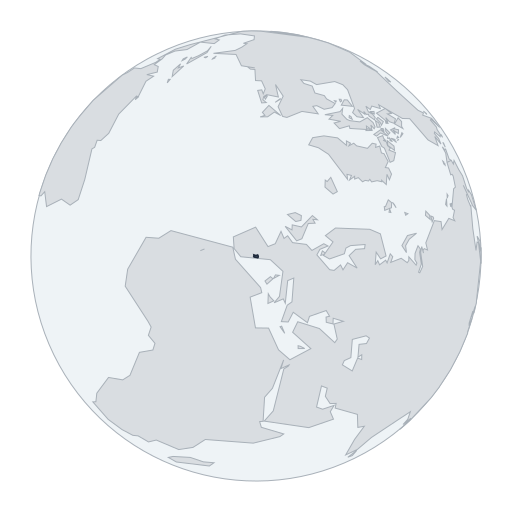 the Earth from above Castellón, rotated 64°
{"feature_id": "ESP-5814", "entity_name": "Castellón", "entity_type": "Autonomous Community", "adm_level": 1, "iso_a3": "ESP", "parent_name": "Spain", "parent_adm1": "", "projection": "orthographic", "projection_center": [-0.258, 40.248], "detail": "fine", "context": "on_globe", "style": "filled", "palette": "slate", "viewbox_px": 512, "rotation_deg": 64, "n_neighbors": 0, "source": "natural_earth", "source_scale": "10m", "svg_char_len": 10548}
<svg xmlns="http://www.w3.org/2000/svg" viewBox="0 0 512 512"><g transform="rotate(64 256 256)"><circle cx="256" cy="256" r="225" fill="#eef3f6" stroke="#a8b0b8"/><path d="M59.5,366.1L56.9,361.2L52.5,352.1L44.7,334.1L34.8,297.0L34.7,290.4L33.7,282.8L37.1,277.4L38.0,261.3L37.3,256.0L35.5,257.9L34.8,237.8L37.0,223.3L47.8,170.4L51.7,161.4L56.1,153.0L81.8,114.1L60.4,144.4L66.2,134.7L75.0,122.0L87.8,106.8L96.0,97.8L113.8,82.5L132.1,73.0L126.4,77.1L131.5,74.8L138.9,69.8L142.6,67.1L170.2,56.8L196.1,46.5L200.8,42.8L202.5,44.4L209.2,37.9L221.0,34.5L209.7,38.8L210.2,39.7L219.2,37.3L221.7,37.8L227.5,37.1L229.5,38.1L222.8,41.1L224.0,42.0L230.4,40.3L236.5,40.7L226.9,42.9L236.6,44.0L227.1,50.5L199.9,57.7L196.6,64.1L173.9,79.4L178.0,79.6L172.0,86.2L174.4,89.1L169.5,91.6L175.7,91.8L179.7,89.0L183.8,88.2L185.6,89.8L179.7,93.1L177.9,92.8L177.1,94.7L173.3,95.8L176.2,96.1L168.8,100.4L178.8,98.7L175.1,104.2L169.4,106.3L166.7,102.8L146.7,100.8L140.1,102.9L133.7,108.8L128.5,126.4L122.6,130.5L117.2,138.4L121.9,137.3L127.9,131.0L135.3,131.6L141.8,124.3L145.7,123.7L153.7,118.0L156.0,122.6L154.0,130.4L147.5,135.5L146.4,139.3L155.5,137.8L146.2,151.3L145.0,167.5L142.2,170.9L131.5,170.7L124.2,161.5L110.4,163.3L122.9,166.2L115.7,175.6L116.0,179.1L118.5,181.3L122.6,179.5L120.9,183.8L107.9,181.9L109.2,178.0L113.4,178.4L109.8,174.4L101.0,174.2L98.1,179.5L87.9,175.2L85.6,179.1L82.2,180.7L86.4,174.6L78.6,185.7L66.1,185.6L55.2,205.4L62.1,184.6L62.1,177.4L61.2,171.1L59.3,174.1L60.7,162.9L57.5,160.9L49.6,172.5L43.8,187.0L42.9,197.6L45.7,194.3L46.8,200.4L39.4,212.2L40.2,227.5L36.3,238.9L35.7,249.2L37.7,253.9L39.4,263.6L42.8,260.8L47.4,264.1L45.1,274.6L49.5,269.2L50.7,278.3L61.2,292.0L59.8,293.3L68.3,317.2L81.2,334.6L84.2,344.9L82.3,348.0L87.6,353.4L87.8,356.5L112.2,376.4L127.4,391.1L128.8,400.8L119.6,405.9L119.8,422.6L105.6,417.7L107.7,422.9L106.5,424.5L104.0,422.3L91.2,409.6L79.5,396.0L68.9,381.4L59.5,366.1ZM51.7,210.9L53.0,234.2L49.1,227.2L50.4,227.1L50.8,219.8L50.3,209.6L47.9,204.3L51.7,210.9ZM59.3,207.1L58.8,203.9L59.7,206.3L59.3,207.1ZM143.9,66.0L138.8,69.7L131.2,74.3L135.1,71.1L143.9,66.0ZM158.8,58.6L157.1,60.2L151.6,61.7L154.3,60.3L158.8,58.6ZM203.7,40.4L199.1,42.0L202.7,40.4L203.7,40.4ZM227.9,36.8L228.4,36.3L231.2,36.3L227.9,36.8ZM151.9,115.9L152.7,116.9L150.8,117.4L151.9,115.9ZM154.5,112.6L151.6,112.5L152.4,110.9L154.2,111.0L154.5,112.6ZM236.9,37.9L241.2,38.2L235.7,38.3L236.9,37.9ZM157.8,113.2L154.3,108.2L155.8,105.5L163.7,103.8L157.8,113.2ZM243.0,38.7L253.5,39.9L255.6,38.6L255.6,43.3L246.7,40.4L239.5,40.7L243.4,39.7L243.0,38.7ZM180.2,87.4L176.0,90.5L177.8,86.6L180.2,87.4ZM180.4,85.1L180.1,75.1L187.3,71.8L185.9,75.6L193.8,70.5L197.3,73.7L193.8,77.2L188.5,78.7L193.9,78.9L180.4,85.1ZM254.0,45.9L255.5,46.8L252.6,46.5L254.0,45.9ZM185.6,87.6L184.9,85.7L191.0,82.6L193.5,85.9L190.7,85.8L185.6,87.6ZM194.1,67.7L199.0,66.2L203.3,68.3L205.8,68.1L198.0,73.5L194.1,67.7ZM190.2,87.3L194.6,87.7L193.4,90.7L186.6,89.3L190.2,87.3ZM191.5,80.5L194.6,79.3L193.7,81.0L191.5,80.5ZM191.5,102.1L190.5,99.6L193.6,97.7L191.5,102.1ZM196.3,87.6L196.7,86.6L197.8,85.6L200.3,86.5L196.3,87.6ZM201.6,74.8L202.3,76.1L205.0,72.6L208.3,74.4L202.5,77.8L206.4,77.0L207.4,77.6L201.6,79.8L201.6,74.8ZM206.3,84.7L200.0,90.1L201.1,95.1L198.4,96.8L197.1,88.6L206.3,84.7ZM204.0,81.6L204.8,83.9L201.0,84.7L198.1,83.7L204.0,81.6ZM212.7,74.4L209.1,70.8L210.5,70.3L212.7,74.4ZM207.3,85.9L208.8,84.6L207.8,86.2L207.3,85.9ZM211.9,77.7L210.4,76.4L212.0,75.8L211.9,77.7ZM213.0,83.2L211.0,84.9L208.9,84.1L213.0,83.2ZM213.1,80.5L215.6,79.9L209.4,82.9L212.2,80.0L213.1,80.5ZM213.6,77.3L214.1,76.5L214.0,77.9L213.6,77.3ZM221.8,85.2L214.4,89.1L210.0,87.4L217.7,83.8L221.8,85.2ZM403.0,85.3L399.7,82.5L401.3,84.2L397.3,81.2L405.8,89.2L400.5,85.2L409.7,93.8L412.2,95.1L406.6,89.2L416.9,99.0L418.2,99.6L431.6,114.9L443.6,131.2L454.0,148.6L454.2,148.8L459.7,159.8L460.3,161.1L471.5,190.3L471.6,190.7L473.4,196.9L474.9,203.0L474.1,199.5L469.7,187.9L471.9,197.7L469.3,191.2L463.6,185.5L465.4,199.5L469.7,231.8L474.3,249.7L474.1,262.6L464.0,247.7L456.5,233.3L454.7,239.6L442.8,234.3L427.4,251.5L423.6,248.6L421.1,254.1L412.5,255.2L406.0,249.9L401.5,254.1L418.3,267.8L422.9,263.3L424.5,251.3L428.5,257.5L436.6,257.9L433.4,283.8L408.0,321.0L402.8,308.4L369.7,280.5L369.2,275.4L369.0,274.9L368.4,274.0L368.1,282.9L361.5,276.7L382.1,299.2L386.7,310.2L407.7,322.1L406.4,325.3L412.3,326.3L428.1,309.1L428.8,313.7L423.0,340.5L398.7,382.0L400.4,396.5L396.1,410.3L377.7,426.3L376.0,434.1L366.0,440.8L363.2,445.3L353.3,452.5L338.0,460.5L315.6,466.6L316.8,463.8L309.5,459.2L300.5,441.8L308.9,430.1L308.0,421.6L291.5,403.0L295.3,389.9L290.2,385.1L280.1,387.5L273.9,381.4L267.5,381.7L225.8,386.8L211.6,377.1L191.0,346.6L197.4,335.6L195.9,321.3L237.9,273.0L249.9,275.9L286.4,265.7L291.5,266.9L290.4,279.3L320.4,288.0L326.3,276.3L350.2,276.9L364.1,271.0L363.3,247.3L340.6,256.5L333.4,247.3L349.0,230.8L368.4,223.2L366.3,219.4L351.3,215.8L353.0,206.1L345.8,213.9L350.8,216.6L346.4,221.9L341.6,219.8L342.4,216.3L335.8,216.8L333.7,234.4L338.5,239.0L322.9,247.2L329.4,256.0L326.1,262.0L313.9,249.5L313.0,243.8L292.4,231.7L292.0,238.3L311.3,250.4L306.5,250.3L306.0,260.2L302.6,252.6L281.6,238.5L265.6,244.7L250.0,270.0L239.7,272.4L228.9,268.0L229.9,243.7L252.8,241.1L253.4,233.3L244.8,222.7L252.5,223.1L251.7,218.7L260.0,217.3L267.7,205.6L275.5,203.3L274.7,189.7L278.6,186.9L278.0,195.6L281.7,200.8L300.6,195.8L303.2,192.1L301.1,183.9L306.6,183.9L302.2,176.6L311.2,170.4L296.5,172.2L293.7,163.5L297.0,155.2L293.5,152.9L288.1,166.5L288.3,171.7L292.7,175.6L290.9,191.2L285.2,195.1L277.1,180.6L268.1,184.7L265.7,172.3L281.9,142.0L290.6,134.5L313.0,139.1L313.2,145.2L305.2,146.3L316.1,152.7L313.6,148.6L318.1,148.8L316.6,141.3L319.7,141.2L312.9,134.4L316.6,133.4L320.8,137.7L321.7,126.5L328.3,123.0L327.0,120.6L323.7,119.0L334.4,116.1L332.9,114.5L328.9,114.8L323.4,111.9L317.8,105.9L321.8,105.2L324.3,107.3L335.7,110.9L341.8,117.0L342.9,116.2L338.5,110.8L324.7,106.3L320.2,102.9L326.8,104.2L324.1,103.4L323.1,101.6L325.8,99.2L318.6,97.6L302.4,80.2L306.2,74.6L313.8,77.2L306.7,66.2L311.5,61.9L307.8,62.0L301.9,57.5L300.3,58.7L298.1,58.5L282.2,48.9L281.5,46.6L270.4,43.7L268.5,44.0L268.4,45.4L255.6,43.3L255.6,38.6L259.9,38.3L256.9,36.1L267.3,35.9L274.5,35.2L287.6,37.1L292.1,36.8L290.4,36.1L295.3,35.5L311.3,38.0L305.9,39.2L283.3,38.7L293.2,38.9L293.2,40.0L298.1,40.9L304.9,41.3L304.3,40.6L326.6,49.2L347.4,55.8L340.4,51.2L341.6,50.2L359.2,56.4L392.9,77.5L394.7,78.5L403.0,85.3ZM227.1,299.2L226.8,303.7L227.1,299.2ZM391.7,226.1L401.5,219.9L392.3,209.4L395.4,206.4L391.1,204.2L391.6,208.7L380.6,202.1L383.1,195.1L379.5,190.0L376.0,192.0L373.2,206.0L388.9,215.3L388.7,222.5L391.7,226.1ZM61.6,292.3L62.6,296.0L60.7,293.8L61.6,292.3ZM47.0,230.4L48.0,233.6L48.0,236.8L46.9,235.0L47.0,230.4ZM59.6,255.7L61.5,259.9L58.8,257.3L59.6,255.7ZM53.5,237.6L58.0,252.7L52.8,248.9L50.2,239.5L52.9,243.4L53.5,237.6ZM55.5,211.7L55.8,214.3L54.6,215.7L55.5,211.7ZM59.9,208.9L59.5,208.3L60.1,205.8L59.9,208.9ZM116.5,175.7L117.5,176.0L119.2,178.9L117.0,178.9L116.5,175.7ZM136.0,184.5L132.8,191.3L133.5,186.3L129.7,187.3L126.3,178.4L140.6,172.2L134.7,176.4L136.0,184.5ZM125.8,165.5L126.3,171.4L125.2,165.3L125.8,165.5ZM239.6,197.5L243.7,200.0L242.4,205.2L232.5,209.5L234.2,201.7L239.6,197.5ZM249.8,202.4L244.4,187.6L250.4,184.9L248.0,188.8L252.4,188.5L249.7,194.8L260.6,207.2L260.2,212.8L242.1,216.8L248.3,212.2L243.9,209.8L249.8,202.4ZM220.3,159.4L218.1,154.3L233.8,154.7L234.1,159.6L224.3,163.8L218.1,160.5L220.3,159.4ZM172.5,111.7L170.7,110.6L172.3,109.5L175.3,109.6L172.5,111.7ZM190.8,101.1L182.5,115.7L179.9,115.1L178.1,125.1L170.7,127.5L172.1,120.8L165.0,130.4L163.3,125.4L159.2,132.2L163.1,117.1L161.3,113.4L166.2,116.6L173.1,114.4L175.5,112.3L181.0,103.9L180.5,95.3L187.3,92.3L192.2,92.4L193.4,94.0L188.6,95.4L193.6,96.5L187.6,99.8L190.8,101.1ZM246.0,102.7L240.0,102.5L248.9,107.6L243.0,109.9L244.4,110.4L241.4,114.1L240.1,119.6L237.0,120.1L237.9,122.0L235.9,124.7L236.0,127.7L230.4,129.7L230.1,133.6L227.6,132.4L228.7,138.6L225.4,134.9L222.5,138.4L227.2,140.1L196.4,146.2L186.1,152.4L179.2,159.9L174.5,153.2L177.8,142.3L185.6,130.9L196.2,126.2L192.2,124.3L196.0,121.6L197.7,124.2L197.5,118.7L201.1,117.3L208.1,108.6L205.6,102.1L208.1,99.0L210.8,100.9L211.4,96.6L218.3,98.1L220.2,96.1L229.0,95.8L233.2,101.0L235.0,98.3L241.8,98.3L246.0,102.7ZM224.2,85.3L230.7,90.4L230.6,94.4L215.4,93.3L212.7,94.9L202.9,94.9L203.3,89.3L206.1,89.7L208.8,88.9L207.6,91.0L210.6,88.8L214.5,89.4L217.9,88.0L219.1,90.0L224.2,85.3ZM295.3,261.5L298.9,261.3L304.1,259.6L303.9,266.1L295.3,261.5ZM280.9,252.1L283.9,250.7L286.1,258.5L282.4,258.9L280.9,252.1ZM283.6,243.6L283.9,250.1L281.5,246.8L283.6,243.6ZM280.5,194.1L283.5,192.5L284.5,194.2L283.8,197.5L280.5,194.1ZM271.4,120.3L267.9,119.1L268.3,117.9L263.5,112.5L267.5,110.7L272.0,113.1L271.4,120.3ZM360.5,252.8L357.7,258.7L355.1,257.5L356.6,255.7L360.5,252.8ZM330.3,263.7L338.1,264.1L330.1,265.4L330.3,263.7ZM274.9,117.3L272.5,115.3L276.0,115.7L274.9,117.3ZM270.2,109.1L274.1,108.9L267.5,109.8L270.2,109.1ZM424.3,390.0L406.2,417.9L398.6,423.1L399.8,418.4L408.2,403.4L417.9,393.6L423.4,384.4L424.3,390.0ZM474.9,250.6L477.6,257.0L477.1,261.7L474.9,250.6ZM305.9,101.7L308.1,110.9L312.3,117.0L318.9,119.3L310.6,120.3L304.0,110.9L305.9,101.7ZM302.5,82.7L296.7,81.3L298.5,79.7L300.0,79.8L302.5,82.7ZM299.5,83.4L293.8,85.9L290.1,83.7L295.3,82.1L299.5,83.4ZM284.6,100.9L285.0,103.6L282.1,103.2L284.6,100.9ZM361.6,57.0L352.6,52.7L347.0,49.9L347.1,50.0L361.6,57.0ZM348.3,50.7L350.6,52.0L339.0,49.6L335.1,48.6L341.0,48.1L343.5,49.4L347.3,50.7L348.3,50.7ZM257.3,46.2L255.7,46.8L255.7,45.8L257.3,46.2ZM297.3,59.3L294.3,58.8L294.4,57.4L297.3,59.3ZM285.9,56.9L287.9,58.8L284.1,57.1L285.9,56.9ZM292.8,63.0L287.9,59.6L294.9,62.5L292.8,63.0Z" fill="#d9dde1" stroke="#a8b0b8" stroke-width="1"/><path d="M258.3,254.9L258.3,255.1L258.2,255.1L258.1,255.3L257.8,255.8L257.7,256.0L257.4,256.3L257.2,256.7L257.0,256.8L256.9,257.0L256.7,257.4L256.5,257.6L256.2,258.1L255.8,257.8L255.7,257.8L255.5,258.0L255.4,258.1L255.2,257.8L255.0,258.0L254.9,258.0L254.8,257.9L254.8,257.6L254.7,257.6L254.4,257.5L254.4,257.4L254.3,257.2L254.2,257.2L254.3,257.1L254.5,256.9L254.9,256.7L255.0,256.5L255.0,256.4L255.1,256.2L255.3,256.1L255.6,256.0L255.6,255.9L255.7,255.7L255.8,255.6L255.9,255.4L255.8,255.2L256.0,255.1L255.9,255.1L255.9,254.9L255.9,254.7L255.7,254.6L255.6,254.4L255.8,254.3L256.1,254.2L256.2,253.9L256.3,253.9L256.4,254.0L256.5,254.1L256.8,254.1L257.0,254.2L257.3,254.1L257.5,254.2L257.6,254.3L257.6,254.5L257.9,254.6L258.0,254.6L258.1,254.8L258.3,254.9L258.3,254.9Z" fill="#64748b" stroke="#1e293b" stroke-width="1.5"/></g></svg>